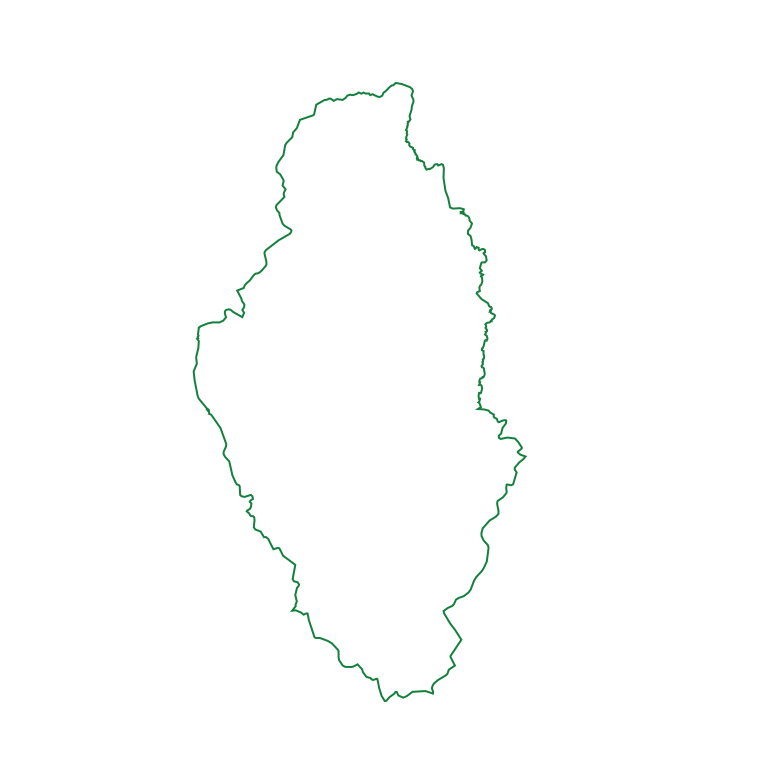 Mae Phrik, Lampang, Thailand (Natural Earth projection), rotated 217°
{"feature_id": "78962969B83063608577185", "entity_name": "Mae Phrik", "entity_type": "district", "adm_level": 2, "iso_a3": "THA", "parent_name": "Thailand", "parent_adm1": "Lampang", "projection": "natural_earth1", "projection_center": [99.06, 17.491], "detail": "fine", "context": "isolated", "style": "outline", "palette": "green", "viewbox_px": 768, "rotation_deg": 217, "n_neighbors": 0, "source": "geoboundaries", "source_scale": "gbopen_adm2", "svg_char_len": 6166}
<svg xmlns="http://www.w3.org/2000/svg" viewBox="0 0 768 768"><g transform="rotate(217 384 384)"><path d="M610.1,544.4L607.6,536.0L608.0,530.3L605.8,525.8L606.9,518.0L606.7,515.4L602.1,506.3L601.9,497.3L601.1,493.5L600.1,491.8L597.4,489.0L593.2,489.0L587.7,486.7L586.3,485.8L584.4,481.4L579.8,480.3L579.1,476.7L578.2,475.0L576.1,473.5L577.5,462.4L577.1,460.7L576.1,459.6L573.8,458.3L570.4,457.6L569.1,456.0L561.4,451.0L558.5,450.5L551.3,451.3L550.5,451.1L549.6,449.6L549.6,447.2L554.6,435.5L558.9,419.8L558.6,417.2L557.8,416.1L551.5,410.9L549.8,408.6L549.5,407.3L549.9,400.8L550.6,398.0L551.5,396.3L553.0,394.8L553.5,393.1L553.5,385.8L554.5,381.2L554.6,379.0L553.8,376.3L557.5,370.3L549.4,366.4L547.4,364.8L543.4,363.5L541.9,361.1L541.7,357.9L538.6,356.7L537.4,352.1L547.2,350.8L551.5,350.9L553.2,350.0L554.8,347.7L554.7,346.1L553.4,344.4L550.3,342.2L550.5,337.8L552.5,334.1L557.7,330.3L561.0,326.6L565.0,320.1L565.8,317.6L562.3,311.5L561.1,310.9L561.1,309.3L559.9,308.8L560.4,307.6L557.8,306.9L553.9,301.0L550.2,292.4L545.7,287.6L543.6,279.5L537.5,273.0L525.5,262.2L523.0,260.8L510.8,257.9L510.2,257.1L509.6,257.9L508.2,257.8L508.3,256.6L507.0,256.6L505.7,254.9L503.6,255.5L488.0,250.4L473.8,241.1L472.6,239.1L471.2,233.2L469.8,231.4L467.1,230.2L460.9,229.0L450.2,219.9L443.4,216.1L441.2,215.3L439.0,215.9L437.6,215.4L432.1,208.8L430.3,208.6L427.4,209.9L423.5,215.4L421.5,215.1L419.5,213.4L420.5,210.6L420.3,209.1L418.1,208.9L416.3,205.8L415.9,203.5L417.1,200.8L417.0,199.7L413.7,199.5L411.2,198.4L408.8,199.6L407.5,199.5L405.4,197.3L401.8,191.2L399.2,190.4L393.6,191.9L387.6,189.4L386.2,190.7L383.5,190.7L372.9,185.5L370.1,189.3L368.6,189.8L361.2,186.1L346.0,186.2L339.6,173.3L337.3,172.2L333.5,173.7L331.2,172.7L330.6,171.3L330.8,168.8L327.8,162.0L322.8,157.9L321.8,154.5L320.8,153.4L320.9,147.7L318.3,150.1L312.6,151.6L309.4,151.4L307.8,154.3L306.9,154.7L301.9,150.2L287.2,140.0L285.9,140.0L282.3,142.6L274.3,145.0L269.6,145.5L266.5,145.0L260.5,143.9L259.6,143.4L255.5,138.0L253.4,136.3L247.5,134.3L244.8,134.7L239.7,138.4L238.2,140.3L236.4,144.2L229.6,142.9L227.4,141.2L221.8,139.5L217.9,141.0L216.2,140.6L214.7,141.0L212.3,144.3L211.6,144.3L204.9,138.3L198.3,133.5L192.6,131.3L191.4,132.6L191.2,137.0L189.4,143.0L189.5,145.0L188.5,145.7L185.0,143.9L179.9,145.1L178.0,148.4L176.0,155.3L166.1,163.7L158.6,166.3L159.5,167.7L162.8,169.9L163.7,172.7L163.8,175.3L162.7,180.1L159.3,188.5L158.9,190.6L160.3,194.9L157.9,201.8L166.6,206.0L167.2,206.8L168.3,226.3L179.3,230.4L186.9,232.5L198.0,237.0L199.8,238.5L198.2,243.7L195.8,248.0L195.6,250.0L196.7,255.0L195.7,257.9L192.6,262.6L191.1,268.1L191.0,271.8L193.7,281.0L194.1,285.4L193.3,293.7L193.6,297.3L195.1,304.2L201.9,316.1L204.0,317.8L210.2,319.0L214.5,321.2L216.5,323.6L218.3,328.1L217.5,338.5L214.8,345.4L214.4,349.0L216.3,351.7L221.6,356.4L222.9,358.9L220.8,365.0L220.6,370.6L221.2,371.8L223.7,374.3L225.4,377.3L225.1,378.0L221.7,379.5L220.7,381.0L220.7,382.1L224.8,393.1L228.3,394.5L229.2,396.0L228.8,402.7L227.5,407.9L227.3,411.3L232.6,409.6L236.0,409.9L236.4,410.5L235.2,415.3L235.6,416.2L241.8,418.4L246.6,419.3L253.2,415.5L257.8,410.3L259.8,410.1L261.2,411.7L260.6,414.8L262.9,420.3L262.9,425.8L264.4,428.3L265.0,428.4L266.9,426.7L269.3,422.6L270.6,422.5L272.9,424.1L275.8,423.6L277.0,424.2L277.9,425.7L281.8,425.1L284.5,425.7L288.6,424.0L293.9,420.6L292.7,423.9L296.5,426.3L297.6,426.2L297.4,427.7L298.5,430.1L299.3,429.4L301.4,431.5L302.7,434.1L301.4,434.6L301.2,435.3L302.9,439.5L305.2,441.4L306.5,441.5L307.5,440.5L308.3,443.3L309.1,443.0L310.0,444.4L310.4,446.3L309.3,447.4L309.5,448.9L308.7,449.2L308.8,451.0L309.7,452.8L313.6,456.5L314.6,456.8L315.8,456.3L316.9,457.0L317.0,459.6L318.6,460.6L318.4,461.3L319.0,462.4L319.9,463.1L319.5,464.3L320.3,466.0L322.8,468.0L324.3,470.3L326.1,469.9L327.1,471.3L326.8,472.0L327.4,474.8L329.4,478.9L329.3,480.2L328.1,480.4L328.7,482.6L331.0,484.3L333.1,484.3L333.4,486.3L334.3,486.9L333.5,487.9L334.0,489.1L336.7,489.9L336.7,491.0L337.5,492.0L339.0,492.7L338.6,494.7L336.6,497.0L336.7,498.6L335.8,498.9L336.6,500.4L335.7,503.0L336.6,505.5L337.8,505.8L341.1,505.1L342.1,505.5L342.7,506.8L343.2,505.7L343.7,506.7L343.0,508.5L343.4,509.3L344.8,509.9L346.5,509.3L349.6,511.1L357.2,510.5L364.5,512.1L364.9,513.3L363.4,515.9L365.8,518.3L366.4,520.1L366.1,521.8L367.1,525.0L369.6,527.9L371.4,528.3L371.5,529.0L370.6,530.2L370.6,531.0L373.7,530.3L374.6,530.7L374.0,533.3L377.1,534.1L379.1,539.1L378.9,540.1L376.6,541.8L376.4,544.5L379.3,547.3L383.0,548.1L383.3,548.7L382.6,550.0L383.8,551.7L385.9,551.7L387.2,550.3L388.2,548.1L389.1,548.2L390.3,549.7L392.5,549.1L392.3,547.2L392.7,546.6L395.5,548.2L397.1,547.8L401.2,552.2L404.1,554.3L407.3,554.3L409.2,557.2L408.9,560.5L410.3,565.1L413.9,566.0L415.5,567.7L417.5,568.5L419.4,568.3L420.3,567.6L421.3,568.2L422.8,567.5L423.3,568.8L424.0,569.0L424.1,567.8L425.5,566.5L426.3,567.5L424.9,568.9L424.9,570.6L425.5,571.6L429.2,570.1L434.6,565.5L437.5,564.8L444.8,571.2L451.2,575.3L460.5,584.4L466.0,592.3L468.8,594.6L470.4,594.2L472.2,591.1L473.6,591.7L475.1,590.5L475.6,589.1L475.4,586.8L476.7,583.3L477.4,583.1L479.1,580.8L481.3,581.6L481.6,582.3L483.0,582.5L485.3,585.0L488.1,584.9L488.7,584.1L489.8,584.4L491.0,583.4L492.4,584.3L492.7,583.3L493.8,584.1L493.9,585.5L496.1,586.6L496.9,586.3L498.2,587.5L498.9,587.4L500.0,589.0L500.4,588.5L501.0,589.1L502.3,589.0L503.0,590.1L506.3,589.4L507.7,590.0L508.3,591.3L509.1,591.6L510.5,591.8L511.3,591.0L512.6,591.1L513.0,593.0L513.9,593.1L515.0,595.0L515.5,597.3L516.8,597.9L517.5,599.5L518.7,600.3L519.2,600.1L520.0,603.5L520.6,603.7L520.9,605.4L522.0,606.3L522.0,607.8L522.7,608.0L522.1,608.8L522.1,611.2L524.8,613.3L527.2,619.9L529.0,622.8L530.4,627.3L531.9,629.0L535.6,630.9L537.1,635.4L539.1,636.6L541.9,636.7L550.2,634.3L555.8,631.5L556.4,628.1L557.4,627.2L558.2,624.5L559.0,618.5L559.7,616.4L558.9,613.1L560.3,610.5L561.8,609.7L567.6,608.5L568.9,606.4L570.8,607.0L573.6,604.8L575.7,604.5L576.7,602.3L579.6,601.6L580.4,599.3L582.0,596.8L583.3,595.5L585.2,594.7L586.8,592.3L586.9,589.3L588.0,586.0L593.0,583.2L594.6,579.8L598.1,579.9L599.7,578.8L600.6,576.7L602.4,575.0L606.2,566.3L602.2,557.6L602.1,556.2L610.1,544.4Z" fill="none" stroke="#15803d" stroke-width="2"/></g></svg>